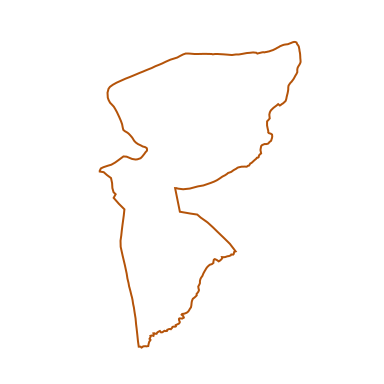 Bavet, Svay Rieng, Cambodia, rotated 276°
{"feature_id": "14789045B60097519425510", "entity_name": "Bavet", "entity_type": "district", "adm_level": 2, "iso_a3": "KHM", "parent_name": "Cambodia", "parent_adm1": "Svay Rieng", "projection": "natural_earth1", "projection_center": [106.09, 11.037], "detail": "fine", "context": "isolated", "style": "outline", "palette": "amber", "viewbox_px": 384, "rotation_deg": 276, "n_neighbors": 0, "source": "geoboundaries", "source_scale": "gbopen_adm2", "svg_char_len": 4949}
<svg xmlns="http://www.w3.org/2000/svg" viewBox="0 0 384 384"><g transform="rotate(276 192 192)"><path d="M287.2,270.3L287.7,271.0L288.7,272.0L289.3,272.8L289.8,273.4L290.7,274.2L291.4,274.8L292.2,275.5L293.6,275.9L295.0,276.1L296.4,276.2L298.6,276.5L299.9,276.7L301.9,276.9L303.9,277.0L306.2,276.8L307.9,276.9L309.3,277.6L310.9,278.5L312.1,279.5L313.3,280.2L314.8,281.1L316.6,281.9L318.6,282.7L320.2,283.5L322.2,284.2L323.7,284.0L325.1,283.9L326.7,284.1L328.2,284.7L330.0,285.6L331.3,286.1L332.7,286.4L334.6,286.1L336.6,285.7L338.0,285.5L340.4,285.1L342.0,284.7L343.5,284.2L344.9,283.9L345.9,283.6L347.8,283.0L349.0,282.2L349.8,281.3L350.9,280.7L351.6,280.3L352.0,279.0L351.9,277.7L351.3,276.2L350.7,275.2L349.9,273.6L349.0,271.9L348.7,270.5L348.4,269.3L348.1,268.2L347.5,266.8L346.8,265.5L346.1,264.2L345.4,263.4L344.6,262.2L343.8,261.0L343.3,260.4L342.5,259.1L341.6,257.7L341.0,256.3L340.3,254.8L339.9,254.0L339.5,252.7L339.2,251.9L338.8,250.4L338.4,249.3L338.5,248.3L338.2,247.1L337.8,246.0L337.2,244.3L336.5,242.5L337.2,241.4L337.2,238.2L336.5,235.1L335.9,231.9L334.8,228.2L333.7,224.3L333.3,221.0L332.4,217.4L332.3,212.9L332.2,209.1L332.0,204.9L331.9,202.6L331.6,200.3L331.1,198.3L331.3,197.1L331.0,193.5L330.7,189.9L330.0,184.5L329.5,180.1L329.4,175.1L329.1,171.4L327.9,168.8L325.9,165.7L324.2,163.3L322.8,160.1L321.4,156.8L318.9,152.4L316.7,148.9L315.0,145.8L313.3,142.5L311.1,139.0L309.6,136.1L308.0,133.1L306.6,130.6L305.1,127.7L303.0,123.9L301.3,120.8L300.0,118.4L297.8,114.1L295.3,109.8L292.8,105.5L290.4,102.1L288.0,99.4L285.9,98.2L281.9,97.6L277.0,98.4L274.7,99.5L272.2,101.2L270.8,102.9L268.7,105.3L266.6,106.9L263.6,109.0L258.6,112.0L255.2,113.9L252.1,115.4L248.8,116.4L246.6,117.2L245.5,118.8L244.4,121.3L243.5,122.8L241.9,124.7L239.9,126.8L238.9,127.6L236.9,129.1L235.3,131.0L234.0,133.3L233.0,136.2L232.1,138.3L231.8,140.5L231.0,142.3L230.0,142.8L228.7,142.9L227.9,142.6L227.0,141.8L224.7,140.5L221.9,138.7L220.2,137.3L218.8,134.3L218.4,132.5L218.6,129.0L220.3,123.3L220.2,120.1L217.9,117.6L215.7,115.2L213.2,112.4L210.7,108.9L209.4,105.7L207.4,101.3L205.9,98.9L203.4,98.0L202.7,98.1L202.5,102.1L200.0,105.6L197.4,110.0L192.5,111.6L187.6,112.4L183.6,114.0L181.8,116.3L178.0,114.7L172.7,120.4L167.7,126.6L161.5,126.6L151.7,126.3L146.3,126.2L141.4,126.2L136.1,126.0L130.0,126.8L121.3,129.7L112.2,132.9L103.9,135.6L99.3,136.8L94.8,138.4L91.3,139.4L90.4,139.8L86.7,141.2L83.0,142.5L81.0,143.3L78.2,144.2L75.8,144.8L74.0,145.3L71.0,146.3L67.0,147.3L60.3,149.1L54.7,150.2L50.4,151.2L44.9,152.4L37.8,153.9L32.6,155.2L32.8,157.1L32.0,158.0L32.5,158.8L33.4,159.6L33.8,161.8L33.7,162.7L34.2,164.6L36.9,164.8L38.9,165.2L40.1,166.1L40.8,166.1L41.5,165.1L42.4,165.5L44.0,166.0L44.6,165.7L45.0,166.6L45.1,167.6L44.9,168.7L46.2,168.9L47.4,168.4L47.6,169.2L47.2,170.3L47.3,171.6L48.6,172.1L49.5,173.2L50.4,174.6L49.2,175.8L49.3,176.9L49.9,177.8L51.1,179.1L50.9,180.5L51.3,181.7L52.4,181.8L52.7,182.5L53.2,183.3L53.5,184.5L53.3,185.3L54.8,186.4L55.8,186.7L56.2,187.8L56.3,189.3L56.7,190.0L57.9,189.7L59.1,191.7L60.0,193.0L61.4,193.5L63.0,192.6L64.4,192.3L65.0,192.7L65.1,195.5L66.2,197.0L67.6,196.3L68.9,194.5L69.7,195.0L70.2,197.1L71.4,199.4L72.8,200.8L74.8,201.8L75.8,202.2L77.1,203.0L79.0,203.2L80.8,203.2L82.1,203.2L83.3,203.3L84.3,203.5L85.9,204.0L87.5,205.7L88.9,206.9L89.7,207.5L91.0,207.2L92.4,208.1L93.6,208.8L95.2,209.2L96.7,208.6L98.6,208.1L100.8,209.0L102.1,209.4L104.4,209.2L106.4,209.5L107.9,210.1L109.6,211.1L112.1,211.8L114.5,212.8L116.2,213.6L117.6,214.2L119.2,215.2L120.6,216.4L121.5,217.3L122.4,219.4L123.7,220.7L125.1,220.6L126.9,220.8L127.6,221.5L127.5,222.3L126.8,224.1L125.8,225.8L126.8,227.1L128.3,228.4L129.5,229.0L130.4,228.6L130.5,230.7L130.8,231.9L131.8,234.0L132.1,235.3L133.0,237.1L134.0,237.6L134.0,238.7L134.0,239.4L134.8,240.0L136.0,240.1L136.9,240.3L137.5,241.6L144.4,235.1L148.8,229.6L155.1,221.5L159.0,216.6L163.4,210.6L167.5,203.3L170.1,199.6L170.4,192.5L170.7,188.3L171.1,182.0L194.1,174.8L194.2,176.1L193.9,177.7L193.8,182.9L195.2,189.5L198.2,197.3L199.7,202.6L201.6,206.7L203.0,209.7L204.7,213.0L206.4,215.7L208.5,218.3L210.5,220.6L212.1,223.1L213.7,225.0L214.7,225.9L215.4,227.5L216.1,228.9L218.1,231.1L219.9,233.7L220.8,234.6L221.3,235.5L222.4,238.8L222.8,242.2L222.8,243.4L223.1,244.1L223.8,244.7L224.2,245.9L225.3,246.5L226.5,247.0L227.0,248.0L228.1,249.0L229.5,250.2L230.7,251.3L231.7,252.3L232.8,252.9L233.0,253.9L233.6,254.6L234.3,254.6L235.7,255.0L236.5,255.6L237.6,256.7L239.3,256.2L240.9,255.7L242.7,255.8L243.9,255.9L244.9,256.0L246.0,256.8L247.3,259.2L247.4,260.8L248.0,262.5L248.8,263.2L249.9,263.9L250.5,264.6L251.2,265.3L252.1,265.5L253.2,265.7L254.0,265.9L255.6,266.0L257.5,265.6L258.2,264.3L258.6,262.3L259.2,261.6L260.6,261.5L261.9,261.0L263.4,260.5L266.0,259.7L267.9,259.5L270.1,259.3L271.5,260.4L273.3,261.6L274.6,261.3L277.0,260.8L279.4,261.1L281.4,261.9L283.0,263.2L284.3,264.3L285.6,265.7L287.0,267.2L288.4,268.5L287.2,270.3Z" fill="none" stroke="#b45309" stroke-width="2"/></g></svg>